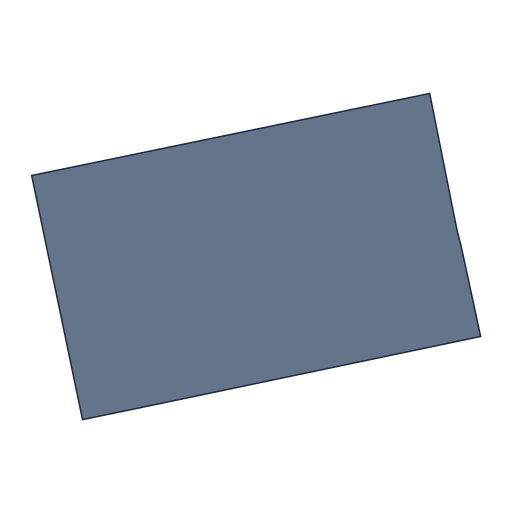 McPherson, Nebraska, United States of America (Robinson projection), rotated 348°
{"feature_id": "52423323B32100052326403", "entity_name": "McPherson", "entity_type": "district", "adm_level": 2, "iso_a3": "USA", "parent_name": "United States of America", "parent_adm1": "Nebraska", "projection": "robinson", "projection_center": [-100.944, 41.568], "detail": "fine", "context": "isolated", "style": "filled", "palette": "slate", "viewbox_px": 512, "rotation_deg": 348, "n_neighbors": 0, "source": "geoboundaries", "source_scale": "gbopen_adm2", "svg_char_len": 277}
<svg xmlns="http://www.w3.org/2000/svg" viewBox="0 0 512 512"><g transform="rotate(348 256 256)"><path d="M459.0,381.4L458.7,288.1L458.0,272.9L459.7,133.1L383.2,132.6L53.3,130.6L52.3,380.0L133.0,380.4L459.0,381.4Z" fill="#64748b" stroke="#1e293b" stroke-width="1.5"/></g></svg>